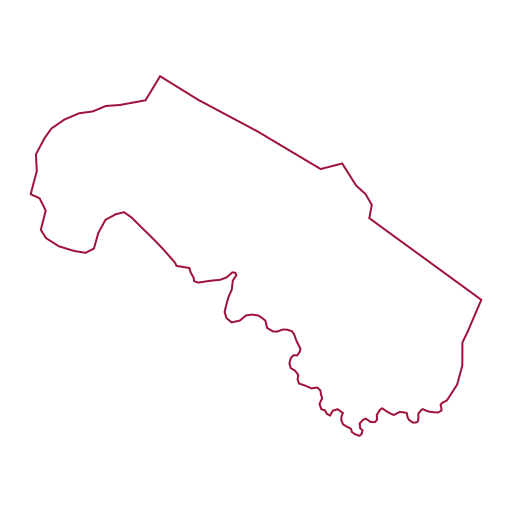 the district of Ethiope West, Delta, Nigeria
{"feature_id": "59680162B36658267128816", "entity_name": "Ethiope West", "entity_type": "district", "adm_level": 2, "iso_a3": "NGA", "parent_name": "Nigeria", "parent_adm1": "Delta", "projection": "orthographic", "projection_center": [5.764, 5.912], "detail": "fine", "context": "isolated", "style": "outline", "palette": "rose", "viewbox_px": 512, "rotation_deg": 0, "n_neighbors": 0, "source": "geoboundaries", "source_scale": "gbopen_adm2", "svg_char_len": 1965}
<svg xmlns="http://www.w3.org/2000/svg" viewBox="0 0 512 512"><path d="M446.8,400.5L451.2,393.8L457.2,384.5L462.3,365.4L462.4,342.5L467.6,331.8L481.3,299.8L369.3,218.2L371.8,204.9L365.7,194.3L356.1,185.5L342.2,163.5L320.6,169.0L307.8,161.4L281.3,145.6L272.1,140.1L257.3,131.3L198.3,99.9L166.5,80.2L160.1,76.2L158.4,79.0L145.5,100.3L119.6,105.0L105.7,106.0L92.8,111.4L79.0,113.3L64.3,119.6L51.3,128.6L44.4,138.4L35.9,154.4L36.8,171.3L33.4,183.7L30.7,194.2L39.6,198.3L45.7,210.6L40.8,229.8L46.0,238.1L58.9,246.3L74.3,251.0L85.5,252.8L93.9,248.6L98.3,233.0L105.5,219.8L115.8,214.2L124.1,212.2L131.8,217.7L141.3,227.2L154.3,239.9L163.9,250.0L166.1,252.5L175.0,262.7L176.5,265.9L189.4,268.0L190.6,272.4L193.6,277.7L194.2,281.2L198.1,282.6L210.0,280.8L220.2,279.8L226.6,277.4L232.3,272.4L235.3,272.7L236.4,275.1L232.8,280.6L231.8,289.5L228.4,297.3L226.3,304.9L224.6,311.9L226.4,318.0L231.6,322.4L239.8,320.6L245.9,315.5L252.1,314.6L258.4,315.5L263.3,318.9L265.4,320.7L267.2,328.0L273.1,331.5L277.0,331.6L282.7,329.6L286.8,329.6L291.7,331.1L294.1,334.2L296.4,340.7L300.5,348.9L299.5,352.2L297.1,355.4L293.4,355.3L290.8,358.1L289.4,363.2L290.7,368.1L294.9,370.5L298.3,374.9L297.6,379.6L299.0,383.5L304.4,385.3L311.5,388.4L317.1,387.5L320.4,390.4L321.0,394.5L322.2,398.1L321.0,400.7L319.5,403.9L321.3,409.2L325.0,410.4L327.0,414.0L330.1,415.5L332.8,410.7L337.5,409.2L342.9,412.9L341.5,416.6L341.2,419.9L343.0,424.3L347.3,426.9L350.9,428.7L352.0,432.1L355.1,434.3L359.5,435.8L361.7,433.9L362.5,430.3L360.2,428.3L359.7,423.4L362.8,420.0L365.6,418.6L370.8,422.0L375.0,422.1L377.0,419.8L376.8,414.9L380.1,409.7L382.2,408.3L386.9,411.6L390.0,413.3L393.7,415.0L399.6,412.0L402.8,412.2L406.8,413.1L407.6,417.4L409.0,419.9L412.7,422.5L415.5,422.6L417.1,422.1L418.2,420.7L418.4,416.9L418.2,415.5L418.5,413.4L421.6,409.7L422.8,409.1L427.8,411.4L433.3,412.2L438.0,412.5L441.5,410.5L441.3,407.9L440.6,404.7L442.1,402.9L446.8,400.5Z" fill="none" stroke="#9f1239" stroke-width="2"/></svg>